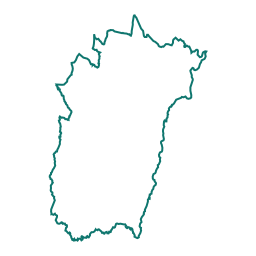 Marolambo, Atsinanana, Madagascar
{"feature_id": "10022922B10629043557873", "entity_name": "Marolambo", "entity_type": "district", "adm_level": 2, "iso_a3": "MDG", "parent_name": "Madagascar", "parent_adm1": "Atsinanana", "projection": "equal_earth", "projection_center": [47.828, -20.084], "detail": "fine", "context": "isolated", "style": "outline", "palette": "teal", "viewbox_px": 256, "rotation_deg": 0, "n_neighbors": 0, "source": "geoboundaries", "source_scale": "gbopen_adm2", "svg_char_len": 5690}
<svg xmlns="http://www.w3.org/2000/svg" viewBox="0 0 256 256"><path d="M58.9,120.6L59.4,122.6L60.1,123.3L60.8,126.8L60.3,127.4L60.4,129.4L59.9,131.8L60.5,132.4L60.9,132.4L61.2,133.1L60.3,134.9L60.5,136.8L60.1,137.1L59.3,136.9L59.3,137.7L59.7,138.7L60.5,139.5L59.8,141.9L59.9,144.0L58.1,148.4L57.4,149.5L57.0,151.5L55.8,151.6L55.1,152.9L54.4,153.2L53.6,154.4L54.1,155.7L54.1,156.9L54.8,158.4L54.5,159.5L55.1,161.7L54.7,162.8L55.2,165.6L53.8,168.4L52.9,169.5L51.7,172.5L51.0,172.9L51.0,174.4L49.9,175.4L49.7,176.9L50.3,177.8L50.5,179.0L51.5,179.3L52.4,180.9L52.2,182.0L52.8,182.7L50.8,185.6L51.0,188.1L50.7,190.3L51.1,191.5L52.4,192.5L52.4,194.0L52.0,194.6L53.3,196.2L54.2,196.8L54.0,198.1L54.8,200.3L51.2,209.4L51.1,211.8L51.5,213.1L51.4,214.2L51.8,214.1L53.4,214.8L54.9,213.7L55.4,214.7L57.0,215.6L57.0,216.9L55.7,220.1L57.4,223.3L59.1,223.8L60.9,223.0L61.4,222.3L61.9,222.4L62.5,223.5L62.9,223.1L63.7,223.7L64.9,223.6L65.5,225.0L66.7,225.1L67.0,225.9L66.9,226.6L66.7,227.3L66.1,227.6L65.4,230.6L66.4,231.1L68.4,233.4L68.7,233.4L69.6,232.5L70.1,233.0L70.3,233.7L70.1,234.8L71.2,236.4L71.3,237.7L72.1,238.8L72.1,239.7L72.6,240.0L74.0,239.0L74.0,240.0L74.6,239.6L75.0,240.4L76.2,239.7L77.5,240.6L77.9,240.2L78.0,238.7L78.6,239.0L79.8,238.6L80.4,238.7L81.4,240.3L82.5,239.5L82.8,238.5L82.5,237.7L81.6,237.2L81.5,236.5L81.9,236.2L84.1,237.6L86.2,237.8L86.6,236.5L87.3,236.1L88.2,237.4L88.8,237.4L90.0,235.3L89.9,234.2L91.2,232.5L91.5,232.2L93.1,232.2L94.5,231.4L95.6,229.5L95.8,229.9L96.9,229.8L97.6,230.2L98.3,229.4L98.8,229.3L101.6,231.7L102.0,232.8L103.1,232.6L103.4,233.3L103.9,233.6L104.4,233.7L105.3,232.4L106.7,231.9L107.3,233.3L108.5,233.4L109.0,232.6L109.1,231.7L110.0,231.6L110.3,232.1L110.7,232.0L111.2,230.1L111.5,230.0L113.1,227.2L114.1,227.7L114.9,227.3L116.1,223.9L117.0,223.5L118.7,224.0L120.4,223.7L124.3,224.5L125.1,224.3L126.1,225.7L125.6,226.6L126.1,227.4L127.1,228.2L127.5,228.1L127.9,227.1L129.1,227.4L130.0,227.9L130.1,229.1L130.6,229.5L131.5,228.3L131.8,228.4L132.3,229.1L132.3,229.9L132.6,230.1L132.5,231.0L133.0,231.7L133.0,232.9L133.6,233.1L134.7,235.3L134.5,236.7L137.3,238.1L137.7,238.0L138.8,237.3L138.6,236.2L140.4,232.9L141.1,230.5L140.8,229.3L141.0,227.8L140.2,227.4L139.6,226.2L140.2,223.5L141.5,222.1L140.8,219.2L141.8,217.1L143.8,214.5L144.0,213.8L143.7,213.2L144.2,211.7L145.0,211.3L144.9,209.7L146.6,206.1L147.9,201.6L147.9,199.6L148.7,198.7L149.6,198.9L149.7,197.9L149.0,197.6L149.4,196.6L149.7,194.8L150.1,194.9L150.5,194.0L151.5,193.7L151.6,191.8L152.5,189.7L153.2,189.1L153.7,186.8L154.7,185.5L155.5,185.1L156.0,183.7L155.8,182.7L154.7,181.5L154.5,180.0L153.4,179.6L152.8,178.5L152.7,176.5L153.5,174.1L155.2,173.2L155.7,172.3L156.0,170.7L157.1,168.4L158.1,167.3L157.8,165.1L158.8,164.4L160.2,161.2L159.9,159.6L160.3,157.7L159.2,156.7L159.0,154.8L159.9,152.5L161.8,151.6L162.2,150.7L162.4,147.8L161.7,144.6L161.1,143.4L161.0,142.0L161.4,141.3L163.5,140.3L163.9,139.0L163.1,135.1L163.4,133.6L163.0,131.4L163.1,129.4L164.3,126.6L163.7,125.2L164.0,121.6L164.7,120.3L165.0,120.3L165.5,121.4L166.4,121.4L166.6,118.5L167.5,117.5L167.6,115.0L168.1,114.5L167.5,113.2L167.7,112.4L168.1,111.3L169.1,110.1L168.9,108.4L170.0,107.0L171.0,106.5L171.5,105.6L171.7,106.0L172.2,105.1L173.9,103.6L176.2,99.7L181.1,97.8L181.8,96.9L183.4,97.3L185.5,96.5L187.0,98.4L188.4,98.8L190.4,98.3L191.2,97.5L191.3,95.1L190.4,90.8L190.4,87.3L192.8,79.9L192.7,78.9L191.7,77.0L191.8,75.2L190.5,71.5L190.4,70.5L192.5,67.9L193.4,68.2L194.3,70.0L195.2,70.2L197.0,69.5L198.9,67.7L200.0,63.9L201.0,62.4L201.7,60.3L204.4,59.0L204.8,58.5L205.7,56.4L205.1,53.6L206.3,51.5L205.2,51.3L203.3,52.2L202.8,52.9L201.9,56.2L201.4,56.8L199.9,57.2L197.6,54.7L198.0,51.1L197.7,50.2L197.2,49.8L196.3,49.8L194.5,51.5L192.8,51.5L191.4,52.8L191.1,50.6L189.3,46.6L188.4,46.7L186.8,45.6L185.1,47.0L184.5,47.0L184.2,46.1L185.0,44.1L183.9,42.7L183.5,41.3L182.2,40.9L180.4,39.3L178.6,40.6L175.6,37.7L173.4,39.6L173.0,41.0L173.0,42.8L171.7,45.3L170.6,45.1L168.4,44.2L166.3,44.1L165.9,44.1L163.5,46.7L162.4,46.5L161.3,47.1L159.4,46.5L158.7,45.9L158.0,44.2L155.3,41.9L153.4,41.0L149.0,36.2L148.0,34.8L147.1,34.8L146.5,37.0L144.7,37.0L143.9,35.9L143.1,30.9L141.1,28.6L136.3,17.6L135.1,16.3L134.7,15.4L134.2,15.4L133.8,16.0L132.7,22.5L132.8,24.7L131.7,31.0L131.6,33.5L130.9,35.7L130.4,35.5L129.2,34.2L128.5,34.4L126.7,33.6L123.7,33.3L122.9,32.9L122.2,33.2L120.1,32.7L114.5,31.4L113.1,30.2L110.3,30.0L109.7,30.6L108.7,30.6L107.5,31.3L107.1,33.5L107.3,34.3L107.0,36.5L105.6,39.0L105.2,40.7L104.5,42.3L104.4,43.8L103.8,44.4L102.4,44.0L100.6,41.4L100.0,41.1L98.3,38.8L96.8,39.3L95.9,38.4L95.1,38.3L94.1,34.2L94.2,39.9L93.9,43.9L93.4,46.7L92.7,48.3L93.3,49.1L94.3,49.4L94.9,50.0L96.6,49.8L97.1,51.1L97.7,51.6L100.1,52.5L99.0,53.5L98.8,54.0L99.7,56.3L99.4,56.6L99.4,58.9L98.7,60.2L98.9,61.9L98.4,63.4L98.6,63.6L98.8,63.2L99.1,63.7L98.8,64.5L99.0,65.1L98.4,67.0L97.3,67.6L96.7,66.9L95.1,66.5L94.3,64.9L93.6,65.0L93.1,64.5L92.6,65.1L92.6,64.3L92.2,64.1L90.9,64.2L89.1,60.2L87.3,58.7L83.4,57.6L79.2,54.0L77.3,56.5L75.9,60.1L74.3,62.4L71.6,62.9L71.7,64.5L72.4,66.3L72.8,68.6L72.5,70.7L71.5,73.4L71.7,74.7L70.7,75.2L67.4,79.3L67.1,81.6L64.0,84.6L62.2,84.8L56.5,84.5L56.9,85.2L56.5,85.6L57.2,86.2L57.4,87.3L58.0,87.4L58.1,87.8L57.6,88.1L57.9,89.1L58.8,88.6L59.0,89.6L59.8,89.6L59.6,90.6L61.5,93.5L61.5,94.6L61.8,95.3L62.2,95.7L62.9,95.5L63.6,96.1L63.8,98.9L64.4,100.3L64.4,101.2L65.2,101.9L65.3,102.7L65.9,103.0L66.0,104.1L67.3,105.3L67.9,107.5L69.2,108.3L69.6,109.4L71.3,111.0L71.5,112.1L69.8,116.0L69.2,116.3L69.4,117.2L68.4,118.7L68.5,119.6L68.1,119.4L67.8,119.9L66.5,119.1L65.3,119.2L64.3,117.9L62.5,117.5L61.7,117.8L59.9,116.5L59.4,117.5L59.9,119.6L59.5,120.4L58.9,120.6Z" fill="none" stroke="#0f766e" stroke-width="2"/></svg>